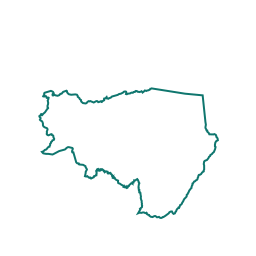 outline of Rumphi, Rumphi, Malawi, rotated 36°
{"feature_id": "42251766B19667920055188", "entity_name": "Rumphi", "entity_type": "district", "adm_level": 2, "iso_a3": "MWI", "parent_name": "Malawi", "parent_adm1": "Rumphi", "projection": "robinson", "projection_center": [33.745, -10.79], "detail": "fine", "context": "isolated", "style": "outline", "palette": "teal", "viewbox_px": 256, "rotation_deg": 36, "n_neighbors": 0, "source": "geoboundaries", "source_scale": "gbopen_adm2", "svg_char_len": 5875}
<svg xmlns="http://www.w3.org/2000/svg" viewBox="0 0 256 256"><g transform="rotate(36 128 128)"><path d="M123.8,82.1L123.4,83.0L123.0,83.2L123.1,84.2L122.2,85.7L121.4,86.5L121.0,87.3L119.6,87.7L119.3,89.7L119.0,90.5L118.8,90.3L118.3,90.5L117.4,90.3L117.0,91.2L116.5,91.6L116.0,92.3L114.9,92.7L114.3,93.1L113.5,92.9L112.6,93.4L112.3,94.0L112.4,94.7L111.4,95.6L111.2,96.7L110.6,96.9L110.2,97.2L109.7,97.9L109.5,98.6L107.6,100.5L107.2,101.4L106.4,101.7L105.9,100.4L105.2,99.8L104.7,99.8L103.6,100.7L103.3,101.2L103.3,101.9L102.2,104.2L101.5,105.1L100.9,105.6L100.2,107.3L96.5,112.0L96.2,113.6L95.1,115.1L95.0,115.8L93.3,116.6L92.8,115.7L92.5,115.5L92.4,116.3L92.6,117.1L91.4,118.1L91.5,118.6L92.4,119.6L91.6,121.2L91.5,122.4L91.3,122.5L90.4,122.2L89.2,124.1L88.7,124.6L87.6,124.3L87.0,124.5L86.5,125.0L85.3,127.5L81.6,128.4L81.1,129.2L80.4,129.4L79.9,130.6L79.8,132.3L79.2,133.1L76.9,134.3L74.7,134.1L74.2,133.8L73.6,133.0L72.1,133.0L71.1,132.4L69.0,132.3L68.3,131.5L67.1,131.1L65.6,131.8L62.5,134.5L60.4,135.4L59.6,135.4L57.9,135.0L56.8,134.0L56.3,134.0L54.3,136.9L54.1,139.3L53.2,140.1L53.1,141.8L52.1,143.3L50.4,144.1L49.1,144.4L48.4,145.6L47.9,145.9L47.6,145.7L47.2,145.2L47.1,144.7L47.6,143.7L47.1,143.3L46.2,142.9L45.4,142.9L43.8,143.3L39.9,148.4L39.8,149.2L40.8,150.4L40.6,151.4L40.8,152.2L41.6,151.9L42.8,150.5L43.4,150.6L44.5,151.4L44.9,151.2L45.5,150.3L46.0,150.2L46.7,151.8L46.9,153.0L48.6,154.5L49.4,155.9L49.7,157.1L50.2,157.7L50.5,158.4L51.4,158.6L51.7,158.9L51.5,160.3L51.6,164.2L51.1,166.2L51.0,168.2L50.8,168.4L50.4,168.4L49.9,167.6L49.6,167.7L49.5,168.1L49.7,169.3L49.3,170.5L49.7,170.9L51.4,171.3L51.7,171.8L51.9,173.1L52.8,173.3L54.4,173.1L55.2,173.4L56.5,174.3L57.6,175.8L58.7,176.4L60.3,176.4L62.5,175.8L63.2,176.0L63.8,176.5L64.5,178.8L65.4,179.7L65.7,180.6L66.2,180.9L67.3,180.9L68.0,180.6L69.5,178.1L69.9,177.9L70.7,178.4L71.4,178.1L72.1,178.2L73.1,179.3L74.7,180.2L75.0,181.1L74.1,182.5L74.4,183.4L74.0,184.5L74.5,185.6L74.3,186.5L75.1,187.7L75.1,188.3L75.5,189.3L74.9,189.8L74.6,191.0L74.6,192.6L74.4,193.6L73.6,194.6L73.3,196.5L72.4,197.9L74.2,198.3L74.8,198.1L76.9,197.1L78.5,195.9L82.5,193.8L83.1,192.8L85.9,187.1L89.5,182.6L89.8,181.9L90.0,180.3L90.6,178.9L91.3,178.3L94.6,176.9L95.2,177.0L95.6,177.3L96.3,179.5L96.8,180.2L97.4,180.4L98.1,179.8L106.3,186.2L107.5,186.4L108.4,186.1L108.9,185.6L109.3,185.7L109.7,186.2L110.1,186.1L113.3,184.2L116.0,183.9L116.9,184.7L118.5,185.3L119.2,185.8L119.5,188.2L120.4,189.7L121.5,192.3L122.4,192.0L123.0,191.6L123.3,190.9L125.5,191.1L125.8,190.8L126.1,190.9L126.7,190.2L127.3,190.6L127.8,190.6L128.2,189.7L128.7,189.1L128.9,188.0L129.2,187.9L129.2,187.2L128.9,186.9L129.1,186.6L129.8,185.6L129.8,185.2L130.1,184.9L129.7,184.6L129.7,184.0L129.6,183.5L129.0,183.1L128.5,182.0L128.2,181.8L127.9,181.8L127.5,181.5L127.6,180.3L127.9,180.2L127.3,179.8L127.3,179.6L127.6,179.1L128.2,179.2L128.6,179.0L128.6,178.8L129.4,179.2L129.4,179.3L129.5,179.4L130.3,179.2L130.7,178.4L130.2,178.5L130.0,177.7L130.8,177.4L130.5,177.1L131.3,176.5L133.8,176.6L134.1,176.9L134.1,177.3L134.3,177.3L134.5,176.9L134.9,177.0L135.1,176.7L135.3,177.0L135.7,176.0L137.1,175.4L137.3,175.7L137.6,175.7L137.9,176.4L138.4,176.6L139.2,176.1L139.4,175.8L139.1,175.6L139.4,175.5L139.8,174.9L140.2,175.0L140.2,174.7L140.4,174.7L141.6,175.3L142.4,175.2L143.4,176.3L143.9,176.5L144.1,176.1L144.2,176.5L144.7,176.4L145.0,177.0L145.3,176.6L145.7,176.9L145.8,176.9L146.0,176.2L146.3,176.4L146.6,176.2L147.1,176.7L148.9,176.9L150.9,176.4L151.5,177.4L152.6,178.3L154.2,177.8L156.1,177.8L157.8,177.5L158.5,177.8L158.6,177.6L158.8,178.0L159.2,177.6L159.4,178.1L159.6,178.1L160.0,178.0L160.5,177.2L160.8,177.4L160.7,177.6L161.2,177.4L161.2,176.8L161.8,177.3L162.3,177.3L162.7,176.4L162.2,174.8L162.8,174.4L162.6,173.0L163.0,171.8L163.0,171.0L163.4,170.4L164.2,170.4L163.9,170.1L164.3,169.3L163.9,169.0L164.4,168.7L164.2,168.4L164.2,167.4L163.9,167.0L164.0,166.7L163.9,166.6L164.8,166.1L165.1,164.8L165.9,163.1L165.8,163.5L166.1,164.0L167.1,164.6L168.1,165.1L168.6,165.7L169.5,165.9L169.8,166.3L169.8,167.0L170.7,168.7L171.3,169.8L171.9,170.1L172.2,170.8L173.0,171.5L173.4,171.4L173.7,172.3L174.6,172.4L174.7,173.0L175.0,173.5L176.3,173.3L176.9,174.1L178.9,176.0L179.4,177.1L181.1,178.5L181.9,178.9L182.9,180.3L183.7,180.9L184.4,182.1L185.0,182.4L185.2,183.0L185.7,183.5L185.8,183.9L185.2,186.2L185.2,186.3L185.8,186.4L186.3,191.0L187.1,189.7L188.7,188.8L189.8,187.4L190.8,186.9L192.0,186.7L192.6,186.3L192.8,185.7L193.2,185.8L194.0,186.5L195.2,186.4L196.2,186.0L196.7,186.4L198.6,186.4L200.2,185.6L201.1,183.8L201.8,183.2L202.9,183.1L203.9,183.2L204.9,182.3L205.3,181.7L206.8,181.8L207.7,181.3L208.2,180.6L208.4,179.7L208.9,179.4L209.8,177.2L211.1,173.1L211.0,171.8L211.8,170.3L212.6,169.7L214.1,170.5L215.3,170.7L216.1,169.5L215.7,167.8L215.9,167.2L215.4,165.5L215.4,164.6L215.5,163.7L216.2,162.8L215.7,162.3L216.1,161.7L215.5,159.6L215.9,159.1L216.1,157.5L215.7,156.5L215.8,155.0L215.4,153.9L215.4,152.8L215.2,152.1L215.5,150.9L215.7,149.0L214.8,147.5L215.1,146.7L214.8,145.5L214.9,145.0L214.3,142.5L214.4,141.6L214.4,140.3L214.6,139.1L214.2,138.7L213.5,136.7L213.6,136.0L212.8,135.0L213.1,134.4L213.0,132.4L213.6,131.6L213.6,130.7L214.1,129.8L214.3,129.1L214.2,128.3L213.6,127.1L213.6,126.4L213.0,125.2L212.9,124.4L213.1,124.0L213.6,123.7L214.2,122.3L214.1,120.5L214.5,119.2L214.4,118.8L214.7,118.5L214.2,117.9L214.0,116.8L211.5,113.4L210.5,112.7L209.3,110.3L209.5,109.3L210.7,107.4L210.8,105.2L210.5,103.7L210.9,102.4L210.5,101.5L211.2,99.8L211.2,98.6L211.6,97.0L210.9,94.0L210.0,91.9L209.2,91.8L209.0,91.4L208.3,90.7L207.2,88.4L207.1,86.8L207.9,85.1L206.6,83.8L205.7,83.4L205.0,83.4L204.2,82.6L203.7,82.5L203.0,81.9L201.4,82.2L200.9,83.0L197.5,85.3L196.1,84.5L194.5,84.4L193.7,83.6L193.3,83.9L192.9,83.8L192.5,83.3L190.9,82.6L190.2,81.9L189.1,79.6L187.0,77.5L169.2,57.7L154.0,66.7L123.8,82.1Z" fill="none" stroke="#0f766e" stroke-width="2"/></g></svg>